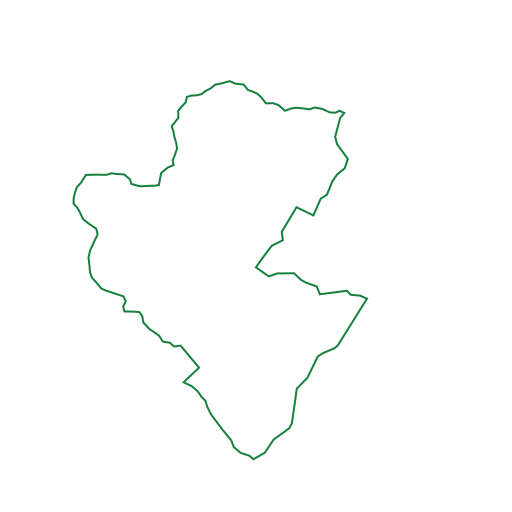 Passo do Sobrado, Rio Grande do Sul, Brazil, rotated 328°
{"feature_id": "56859067B30972219704232", "entity_name": "Passo do Sobrado", "entity_type": "district", "adm_level": 2, "iso_a3": "BRA", "parent_name": "Brazil", "parent_adm1": "Rio Grande do Sul", "projection": "robinson", "projection_center": [-52.245, -29.77], "detail": "fine", "context": "isolated", "style": "outline", "palette": "green", "viewbox_px": 512, "rotation_deg": 328, "n_neighbors": 0, "source": "geoboundaries", "source_scale": "gbopen_adm2", "svg_char_len": 1903}
<svg xmlns="http://www.w3.org/2000/svg" viewBox="0 0 512 512"><g transform="rotate(328 256 256)"><path d="M406.6,181.5L403.9,177.1L399.3,176.6L394.6,173.2L390.0,166.2L384.5,161.2L379.0,159.9L373.8,155.5L368.6,151.5L363.9,149.5L357.5,148.2L355.1,140.1L351.5,135.5L345.3,131.8L344.6,124.2L343.0,118.8L340.3,114.9L337.1,110.7L336.4,104.1L329.7,98.8L326.4,93.8L317.8,91.2L312.3,89.1L306.3,89.8L300.3,89.3L295.5,89.9L290.4,88.1L286.4,85.8L281.8,84.5L277.6,88.5L271.5,90.1L267.0,91.5L263.4,97.7L253.2,101.3L252.1,106.3L249.8,112.1L248.1,118.2L246.0,123.0L239.8,128.1L236.0,130.7L234.3,135.2L227.9,134.2L219.5,135.4L211.3,144.3L207.5,142.8L200.4,138.6L195.3,135.9L192.1,132.9L188.5,128.9L189.7,124.0L187.4,116.9L181.2,112.6L177.0,109.1L172.2,107.9L164.0,102.6L154.7,97.1L146.5,101.1L140.9,102.6L136.6,105.8L132.2,110.1L128.9,115.1L130.0,119.9L129.7,126.4L128.9,133.2L131.5,140.4L135.0,148.2L133.1,153.9L127.5,157.3L123.1,160.2L118.6,163.1L113.1,168.6L109.6,176.1L106.6,181.8L105.4,187.2L106.6,194.2L107.5,201.3L110.0,205.3L122.2,220.0L121.6,225.3L116.7,228.4L115.0,233.3L121.1,237.2L127.4,241.7L127.7,246.6L125.3,252.7L126.8,261.2L129.5,267.2L131.6,272.3L131.6,279.1L137.0,283.9L138.5,289.3L144.6,292.1L145.7,300.2L148.5,320.5L127.7,324.7L132.6,332.5L134.9,340.1L135.1,346.4L136.4,352.1L134.9,357.2L133.9,365.9L135.5,385.3L137.3,399.4L135.9,406.2L138.6,414.8L144.6,421.9L146.1,427.0L159.1,427.5L173.8,421.0L193.0,419.7L197.8,416.9L209.7,402.8L220.3,390.1L235.1,386.5L255.0,374.0L261.8,373.9L273.8,375.8L278.0,375.2L327.5,351.0L323.3,344.8L315.8,339.1L314.6,333.6L289.9,322.3L291.4,314.2L283.7,304.2L281.5,300.0L279.1,290.8L264.7,282.0L256.1,280.1L249.9,265.6L261.6,260.7L274.7,255.7L287.2,256.8L290.6,249.2L316.2,236.1L326.2,252.0L341.4,241.6L348.5,241.7L360.4,233.1L367.9,229.9L377.8,228.6L385.3,222.4L384.0,204.0L386.3,196.9L400.4,183.6L406.6,181.5Z" fill="none" stroke="#15803d" stroke-width="2"/></g></svg>